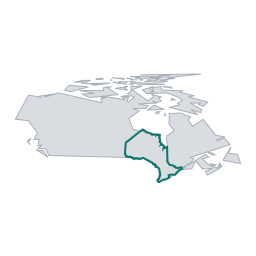 Ontario highlighted on a map of Canada
{"feature_id": "CAN-682", "entity_name": "Ontario", "entity_type": "Province", "adm_level": 1, "iso_a3": "CAN", "parent_name": "Canada", "parent_adm1": "", "projection": "equal_earth", "projection_center": [-83.246, 49.265], "detail": "fine", "context": "in_parent", "style": "outline", "palette": "teal", "viewbox_px": 256, "rotation_deg": 0, "n_neighbors": 0, "source": "natural_earth", "source_scale": "10m", "svg_char_len": 8266}
<svg xmlns="http://www.w3.org/2000/svg" viewBox="0 0 256 256"><path d="M37.3,132.6L28.3,120.7L15.4,119.2L28.6,95.0L40.2,97.2L39.2,96.2L54.6,93.9L46.6,95.8L44.5,96.8L44.9,97.0L58.5,92.9L101.8,102.7L101.0,99.2L106.5,97.4L100.6,97.4L105.7,96.6L124.8,99.7L122.4,97.9L125.2,97.6L128.4,98.2L127.0,101.1L128.3,102.1L134.2,97.3L127.7,93.7L132.5,89.9L147.7,100.8L153.5,97.0L152.1,94.5L161.6,97.0L158.7,97.7L161.2,101.0L156.8,102.8L154.2,101.3L153.5,101.1L152.9,101.4L155.7,103.1L138.2,103.8L148.3,105.7L145.7,108.4L132.5,108.5L139.4,110.8L128.9,118.6L132.9,129.3L159.3,135.2L160.9,144.5L167.6,149.4L166.3,136.4L174.3,130.7L169.0,124.1L169.4,113.6L180.1,113.0L190.7,117.2L188.1,120.0L192.8,126.3L203.2,119.3L215.6,135.2L224.1,136.7L216.9,139.7L217.2,141.0L224.4,138.1L230.1,144.6L190.5,157.3L194.0,158.6L190.3,163.2L187.7,164.0L182.1,167.7L175.3,174.7L158.7,181.9L159.1,168.4L143.1,157.9L48.9,155.5L45.8,149.0L38.4,148.1L42.0,145.0L38.0,145.9L39.0,139.1L34.1,139.5L37.3,132.6ZM149.8,92.0L153.7,91.9L152.4,87.7L160.6,86.6L162.2,90.1L182.5,90.9L180.5,92.4L194.2,95.8L188.4,96.8L207.6,102.1L203.1,106.4L198.5,104.3L200.5,102.9L190.6,103.2L201.8,109.7L200.6,112.6L191.1,109.7L198.0,114.7L169.1,107.3L179.7,105.0L177.5,103.3L182.3,100.6L178.3,97.1L166.4,92.9L146.9,93.6L142.4,90.0L153.4,86.4L149.8,88.4L153.3,91.2L149.8,92.0ZM140.3,74.8L200.9,74.0L166.6,77.8L175.1,78.3L159.6,80.4L168.0,81.1L162.2,82.2L144.0,81.7L149.8,80.6L147.3,79.6L154.6,80.3L156.4,80.2L158.5,79.3L149.9,78.2L157.1,78.2L160.2,78.0L150.6,76.3L162.8,77.1L157.7,76.2L169.9,75.6L166.2,75.5L169.8,75.0L140.3,74.8ZM79.3,90.4L103.6,90.7L103.5,87.6L107.3,87.5L117.9,94.6L90.0,97.6L81.9,94.1L94.4,93.5L79.3,90.4ZM202.3,169.0L195.7,160.8L191.8,168.7L181.1,169.6L205.2,154.5L208.9,157.0L202.4,158.9L209.1,165.2L219.2,168.6L207.4,175.1L205.4,171.5L212.7,168.3L202.3,169.0ZM69.2,85.3L88.4,86.9L70.3,91.8L64.6,90.0L69.2,85.3ZM129.9,76.5L148.2,76.2L153.5,77.5L140.4,79.1L134.9,78.0L140.8,77.4L129.9,76.5ZM128.9,81.2L145.2,83.4L165.3,84.3L139.7,84.8L128.9,81.2ZM84.9,83.7L110.6,83.0L95.1,85.2L91.3,84.8L98.7,83.8L84.9,83.7ZM231.1,146.8L228.6,153.3L237.5,154.3L240.6,163.6L223.0,160.2L231.1,146.8ZM115.2,88.4L127.6,86.4L124.5,88.0L128.1,90.2L115.2,88.4ZM147.8,110.0L154.2,105.1L164.2,109.4L147.8,110.0ZM130.7,86.6L142.0,86.2L131.2,89.9L130.7,86.6ZM90.6,80.3L86.4,82.0L74.5,82.2L83.2,80.4L90.6,80.3ZM127.1,81.7L126.1,84.1L116.2,83.1L120.1,82.8L118.6,81.7L127.1,81.7ZM111.8,77.8L123.0,78.3L124.9,79.3L111.8,77.8ZM36.2,149.6L43.6,150.9L47.9,157.3L36.2,149.6ZM162.2,86.6L170.1,86.9L172.5,88.1L162.2,86.6ZM120.6,96.4L128.0,95.6L130.1,96.8L120.6,96.4ZM132.8,83.1L133.3,84.8L129.0,84.1L132.8,83.1ZM128.4,78.2L133.2,79.2L126.4,78.3L128.4,78.2ZM171.9,98.2L175.5,100.1L170.9,100.0L171.9,98.2ZM97.6,79.3L103.1,79.2L95.5,79.6L97.6,79.3ZM111.5,86.8L108.0,87.3L106.5,86.9L111.5,86.8ZM220.0,162.4L219.9,166.9L220.8,164.9L222.3,166.2L220.1,167.5L217.9,167.1L220.0,162.4ZM100.9,78.3L103.8,78.8L95.7,78.8L100.9,78.3ZM215.4,155.1L212.0,154.7L207.8,152.4L212.2,153.0L215.4,155.1ZM160.1,111.7L157.7,113.8L155.5,113.2L156.8,111.8L160.1,111.7ZM27.4,140.9L31.1,138.2L29.2,141.0L27.4,140.9ZM130.3,79.9L135.9,79.7L136.8,79.8L130.3,79.9ZM116.6,82.0L115.2,82.9L113.0,82.3L116.6,82.0ZM209.3,163.6L211.3,164.0L216.0,164.5L214.0,166.1L209.3,163.6ZM164.9,113.4L165.8,115.4L164.4,114.9L164.9,113.4ZM85.7,82.3L82.6,83.3L81.4,83.1L85.7,82.3ZM142.9,79.9L141.2,80.3L140.8,80.0L142.9,79.9ZM111.8,79.9L111.8,80.6L110.3,79.7L111.8,79.9ZM27.7,141.4L28.9,142.3L30.1,144.7L27.7,141.4Z" fill="#d9dde1" stroke="#a8b0b8" stroke-width="1"/><path d="M140.3,159.0L139.6,158.9L139.4,158.9L139.2,158.9L138.9,159.0L138.7,158.9L138.5,158.6L138.3,158.5L137.4,158.6L137.2,158.6L136.6,158.6L136.4,158.4L136.4,158.2L136.2,158.1L135.7,158.3L135.2,158.7L134.9,158.7L134.7,158.8L134.6,158.7L134.3,158.8L134.3,158.7L134.0,158.6L134.0,158.4L133.9,158.3L133.6,158.2L133.3,158.1L133.2,158.0L133.1,157.8L133.0,157.7L132.8,157.7L132.5,157.8L132.4,157.8L132.4,158.1L132.2,158.1L132.0,157.8L132.0,157.5L131.9,157.4L131.5,157.4L131.3,157.4L131.3,157.2L131.5,157.2L130.9,156.9L130.7,156.8L129.9,156.7L129.3,156.8L129.3,157.0L129.2,157.0L128.5,157.1L128.4,157.1L128.3,156.8L128.2,156.7L127.2,156.6L127.1,156.4L126.4,156.5L126.2,156.4L126.0,156.2L125.9,156.1L126.0,155.7L125.8,154.9L125.8,154.7L125.7,154.4L125.5,154.2L125.3,154.2L125.0,154.2L124.9,154.1L125.8,142.5L130.1,139.4L132.9,137.1L136.2,134.4L140.6,131.1L142.7,129.6L142.8,129.5L143.0,129.6L142.9,129.7L143.2,129.9L143.4,130.1L143.7,130.2L144.0,130.4L144.3,130.5L144.9,130.8L145.1,130.8L145.1,131.0L145.4,131.2L145.7,131.6L145.8,131.8L146.0,131.9L146.0,132.0L145.9,132.1L146.0,132.2L146.3,132.1L146.6,132.2L146.6,132.3L147.4,132.5L147.6,132.4L147.7,132.5L147.9,132.5L148.0,132.6L148.3,132.6L148.6,132.8L149.1,133.0L149.3,133.1L150.3,133.3L150.7,133.4L150.9,133.5L151.1,133.7L151.2,133.8L151.5,134.0L152.0,134.2L152.3,134.3L152.1,134.5L151.9,134.7L151.8,134.9L151.6,135.0L151.5,135.4L151.8,135.0L152.1,134.6L152.5,134.5L152.8,134.5L153.6,134.6L153.8,134.6L154.1,134.5L154.6,134.4L155.0,134.5L155.4,134.4L155.8,134.5L156.0,134.6L156.3,134.8L156.3,135.0L156.4,134.9L156.3,134.7L156.0,134.6L155.9,134.5L156.0,134.5L156.3,134.5L156.5,134.6L157.2,134.7L157.3,134.8L157.7,134.6L157.8,134.6L158.0,134.7L158.0,134.8L157.9,135.0L158.0,135.0L158.1,134.9L158.4,134.9L158.7,134.8L158.9,134.9L159.0,134.9L158.9,134.9L159.0,134.9L159.3,135.0L159.5,135.2L159.4,134.9L159.7,135.0L159.6,135.3L159.7,135.5L159.7,135.8L159.8,135.8L159.6,136.8L159.4,137.1L159.3,137.4L159.2,137.4L159.2,137.5L159.3,137.6L159.3,137.9L159.4,138.1L159.5,138.2L159.8,138.4L160.1,139.2L160.0,139.4L159.9,139.7L159.8,139.9L159.9,140.0L160.0,140.5L160.1,140.9L160.0,141.0L159.8,141.2L159.7,141.5L159.6,141.8L159.6,142.0L159.8,142.1L160.1,142.2L160.3,142.4L160.5,142.6L160.6,142.9L160.9,143.1L161.3,143.5L161.6,143.7L161.6,143.8L161.6,144.0L161.8,144.2L161.5,144.2L161.1,144.3L160.9,144.3L160.8,144.6L161.1,144.4L161.7,144.4L161.9,144.5L162.1,144.8L162.4,144.9L162.7,145.1L162.8,145.0L163.2,145.2L163.3,145.5L163.6,145.6L163.9,145.9L164.2,146.2L164.2,146.3L164.4,146.8L164.5,146.9L164.6,147.0L164.7,147.4L164.1,147.6L163.9,147.8L163.5,148.1L163.4,148.3L163.2,148.4L163.1,148.5L163.3,148.4L163.3,148.5L163.5,148.2L163.8,148.1L164.0,148.0L164.0,147.9L164.3,147.7L164.7,147.4L164.8,147.4L165.3,147.6L165.5,147.6L165.8,147.7L166.0,147.9L166.5,148.2L166.6,148.4L167.0,148.6L167.1,148.8L167.4,159.6L167.4,160.3L167.4,160.5L167.2,160.7L167.2,160.9L167.3,161.1L167.6,161.5L167.6,162.0L167.9,162.4L168.1,162.7L168.4,163.1L168.6,163.5L168.9,163.8L168.9,164.0L169.0,164.1L169.2,164.4L169.6,164.6L169.7,164.8L170.5,165.0L170.8,165.1L171.0,165.1L171.4,165.1L171.6,165.2L171.9,165.2L172.7,165.4L173.2,165.6L173.5,165.8L173.7,166.0L173.9,166.4L174.2,166.6L174.6,166.8L174.8,166.7L174.7,166.5L174.9,166.4L175.0,166.5L175.2,166.8L175.2,167.0L175.3,167.0L175.4,167.3L175.6,167.6L176.2,167.8L176.4,167.9L176.5,167.9L177.0,167.7L177.2,167.8L177.5,168.0L177.8,168.3L178.1,168.2L178.3,168.0L178.5,167.9L179.1,167.7L179.4,167.6L180.0,167.5L180.3,167.3L180.8,167.4L181.1,167.3L181.4,167.4L181.7,167.5L181.8,167.6L181.7,168.5L182.0,168.9L181.9,169.0L181.7,169.1L181.6,169.3L181.2,169.5L180.5,169.6L180.1,169.9L179.9,169.9L179.5,170.1L178.3,171.2L178.0,171.6L177.9,171.8L177.3,172.0L177.1,172.2L177.0,172.3L177.0,172.5L176.6,172.6L176.3,173.0L175.4,174.6L170.0,174.7L169.9,174.7L168.7,175.3L169.0,176.0L169.1,176.4L169.0,176.6L169.1,176.8L169.3,177.1L169.5,177.2L169.5,177.3L169.4,177.4L169.3,177.6L169.2,177.7L165.7,179.4L162.8,179.9L159.5,181.9L158.8,182.0L158.7,181.9L157.7,181.3L157.5,181.0L157.4,180.7L157.5,180.3L157.5,179.8L157.6,179.6L158.0,179.4L158.3,179.2L158.9,178.6L159.1,178.6L159.2,178.4L159.3,178.0L159.4,177.8L159.3,177.7L159.4,177.3L159.5,177.1L159.5,176.8L160.3,174.9L159.1,168.4L156.5,166.9L156.1,166.9L156.3,166.5L156.5,166.0L156.3,165.7L156.1,165.6L155.7,165.7L155.4,165.7L155.2,165.8L155.0,165.6L154.8,165.3L154.8,165.2L154.7,164.9L154.8,164.8L154.6,164.6L154.8,164.2L154.5,164.1L154.2,164.2L153.9,164.2L153.7,164.4L152.9,163.8L152.7,163.0L152.6,162.8L148.1,160.4L143.2,157.9L142.4,158.0L140.5,159.0L140.3,159.0ZM167.1,148.7L166.7,148.4L166.5,148.0L166.5,147.9L166.7,147.5L166.6,147.3L166.6,147.2L166.8,147.1L167.1,147.0L167.1,148.7Z" fill="none" stroke="#0f766e" stroke-width="2"/></svg>